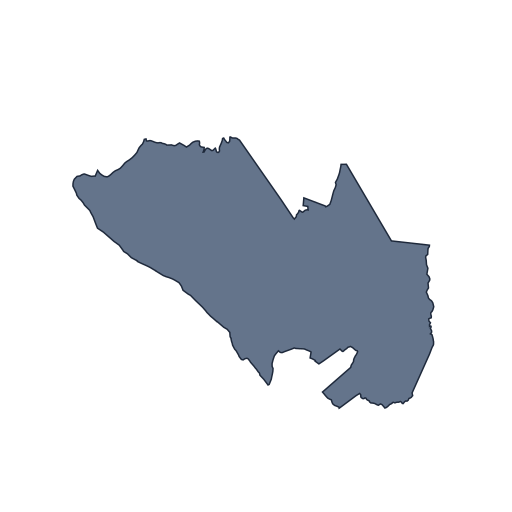 outline of Unión Hidalgo, Oaxaca, Mexico, rotated 200°
{"feature_id": "50627088B59683558731629", "entity_name": "Unión Hidalgo", "entity_type": "district", "adm_level": 2, "iso_a3": "MEX", "parent_name": "Mexico", "parent_adm1": "Oaxaca", "projection": "robinson", "projection_center": [-94.827, 16.487], "detail": "fine", "context": "isolated", "style": "filled", "palette": "slate", "viewbox_px": 512, "rotation_deg": 200, "n_neighbors": 0, "source": "geoboundaries", "source_scale": "gbopen_adm2", "svg_char_len": 5725}
<svg xmlns="http://www.w3.org/2000/svg" viewBox="0 0 512 512"><g transform="rotate(200 256 256)"><path d="M255.1,175.6L254.5,175.3L252.8,171.5L252.2,170.8L251.2,170.1L251.2,169.7L249.9,167.6L248.4,165.7L247.5,164.2L244.2,161.2L242.3,160.2L240.5,158.7L238.5,157.0L237.5,155.8L234.4,153.8L233.9,153.8L233.1,153.9L232.5,154.0L231.4,155.6L230.0,156.5L229.5,156.8L228.2,156.7L225.6,155.0L224.8,154.3L220.1,151.7L218.0,150.3L217.1,149.9L214.3,147.9L212.9,147.3L212.4,146.7L211.5,145.3L209.1,144.1L206.5,142.8L201.0,139.2L200.6,138.9L199.7,139.8L199.6,142.6L199.5,145.4L199.9,147.9L200.3,150.9L200.7,153.3L201.5,156.1L203.1,157.8L204.1,160.4L204.5,164.5L204.6,168.4L203.8,171.1L202.5,174.6L200.6,173.8L199.4,173.8L198.3,174.2L196.5,175.9L191.1,180.4L189.1,182.2L188.8,182.5L188.5,182.7L187.1,182.7L184.8,183.4L183.3,183.8L181.8,184.3L179.9,184.9L178.6,185.2L176.1,185.0L174.5,185.0L172.8,184.9L171.4,184.6L170.9,182.0L170.6,180.3L170.3,178.7L168.8,178.7L167.5,178.6L164.5,178.1L164.5,177.4L161.7,176.6L160.0,176.1L156.9,180.3L145.3,197.3L142.6,196.0L141.7,196.0L141.1,196.8L140.9,197.4L140.2,198.5L139.1,200.1L138.4,201.7L137.1,202.6L136.4,203.3L134.0,203.0L132.7,202.5L131.0,201.8L129.8,201.4L128.5,201.6L127.8,200.9L127.8,200.0L127.9,198.5L128.1,197.2L128.4,196.5L128.8,193.3L128.7,191.5L128.3,190.7L128.4,189.2L128.8,187.5L129.1,186.5L129.1,185.2L128.9,183.7L147.0,150.9L145.2,149.9L143.4,148.8L141.6,147.8L140.0,147.0L138.0,146.7L136.0,146.6L134.5,144.5L133.3,143.3L131.1,142.5L128.6,142.5L126.2,142.3L125.8,141.4L125.7,141.5L114.2,159.0L111.6,162.3L110.8,161.8L110.2,161.5L109.8,160.7L109.3,159.4L108.5,158.9L107.0,158.5L105.9,158.8L105.1,159.9L104.1,160.0L102.9,159.0L101.5,158.7L100.1,158.6L99.3,157.7L98.6,157.5L97.9,157.2L95.7,157.8L93.9,158.0L91.5,157.6L90.0,157.6L88.4,159.6L86.6,159.4L85.6,158.8L84.5,158.2L82.9,157.2L81.8,158.1L80.9,159.4L80.1,161.0L79.7,162.1L78.8,162.9L77.8,164.0L77.7,164.9L76.8,165.5L75.2,165.5L74.2,166.4L73.1,167.0L71.8,167.5L70.6,168.7L69.4,168.4L68.1,167.5L67.3,167.6L66.8,169.0L66.5,169.9L65.8,170.9L64.4,171.3L63.6,172.7L63.6,174.4L62.4,175.4L61.7,176.4L61.3,177.8L61.0,178.3L62.5,180.7L61.5,194.5L61.2,198.6L60.2,212.5L59.6,220.7L59.5,221.8L59.4,223.9L59.3,230.3L58.9,232.9L59.0,233.9L59.4,235.0L59.8,236.2L60.5,237.3L61.0,238.3L61.6,239.3L62.2,240.1L62.8,241.0L63.8,242.3L65.5,242.5L64.9,244.1L65.1,245.1L65.6,246.0L66.5,246.8L67.3,247.4L67.2,249.2L67.6,249.9L68.7,249.8L68.9,249.4L69.2,250.1L69.5,250.9L69.2,252.9L71.3,254.1L72.2,256.0L71.5,256.8L70.2,257.9L70.7,259.5L71.3,260.2L71.8,261.1L72.2,261.9L72.3,262.6L72.0,263.4L71.6,264.0L71.6,265.0L71.4,265.6L71.6,269.1L73.8,272.4L75.4,273.7L76.6,274.2L77.9,274.5L79.6,275.5L80.8,277.4L82.1,278.8L83.6,280.3L83.5,282.5L83.0,285.0L84.0,287.1L85.1,289.4L84.5,292.6L84.8,293.9L86.3,295.7L89.2,297.3L90.3,303.3L92.8,306.1L94.5,310.0L96.1,312.7L96.4,314.1L95.2,316.2L96.5,320.4L96.9,322.1L96.5,323.6L96.4,324.3L96.7,325.5L133.9,316.5L202.4,373.1L207.4,371.2L207.3,370.6L207.0,369.6L206.7,367.6L206.5,366.1L206.2,364.3L206.0,362.9L205.9,361.0L205.9,359.5L205.9,357.7L205.9,356.0L206.5,352.3L205.1,350.4L204.9,348.2L204.9,346.9L205.1,345.2L205.2,343.7L205.0,341.2L204.9,339.9L204.7,338.1L204.3,333.9L204.3,329.8L206.1,327.2L207.3,326.1L208.1,326.7L230.9,327.0L228.9,319.5L224.3,320.3L222.8,317.1L223.6,317.0L225.1,316.1L225.6,315.6L225.9,315.0L227.1,313.1L227.6,313.0L228.4,313.2L229.7,313.5L230.4,313.7L230.6,313.8L230.9,313.7L231.0,313.5L231.1,313.2L231.0,312.4L230.9,311.9L231.0,311.4L231.5,309.6L231.9,308.8L232.0,308.4L231.8,307.8L231.6,306.7L232.3,304.7L232.7,304.2L232.7,303.9L234.0,304.5L251.6,317.4L311.2,359.3L312.8,359.5L313.3,359.8L314.2,360.0L315.5,359.9L316.8,359.4L318.2,358.9L319.5,358.8L320.5,359.2L321.2,358.8L320.6,357.1L320.0,354.7L320.7,352.9L322.3,352.7L323.6,353.6L325.3,354.6L326.7,355.8L327.6,355.0L327.2,353.0L327.2,350.4L327.3,348.9L327.5,345.8L327.1,344.1L326.2,342.2L326.6,340.6L327.9,340.1L329.0,340.7L330.4,342.8L331.2,343.4L332.6,340.5L333.6,339.9L337.2,340.8L338.6,340.7L339.4,340.0L339.9,339.0L340.4,335.9L341.2,335.5L341.2,338.0L341.8,340.3L345.0,339.7L346.5,340.4L347.3,341.2L347.6,342.9L348.5,344.5L350.1,344.2L352.3,343.1L354.4,341.2L355.5,339.3L356.2,337.7L356.7,337.0L357.3,336.3L358.6,334.6L361.5,335.3L364.0,335.7L366.5,336.1L367.8,334.5L369.2,332.5L370.5,331.7L372.1,331.5L373.4,331.5L376.0,330.4L377.8,329.7L379.0,330.1L380.8,330.1L382.5,329.8L384.0,330.0L385.3,329.6L386.5,328.9L387.7,328.5L390.1,328.3L391.4,328.4L394.0,328.4L395.2,328.2L397.0,327.0L398.3,326.7L399.4,328.4L400.9,327.4L400.7,325.0L401.0,322.2L401.7,320.9L402.8,317.9L403.0,316.2L403.3,312.5L404.5,309.3L406.0,306.0L407.8,303.1L409.9,300.4L411.1,298.4L412.2,295.2L413.5,292.1L415.2,290.0L416.5,288.8L417.4,287.9L418.9,285.7L420.5,282.5L422.0,280.3L423.1,279.4L426.0,278.9L428.9,279.5L431.2,280.3L434.1,282.3L434.3,278.4L434.4,276.1L435.5,275.7L438.0,274.5L440.3,274.4L445.2,274.4L446.2,273.9L447.7,272.5L448.7,271.1L451.4,269.6L453.0,266.0L453.1,263.7L452.7,261.4L451.9,259.0L450.3,257.5L447.1,254.4L446.2,253.5L445.2,251.9L442.0,249.6L439.6,248.7L436.6,246.9L434.6,245.2L427.8,242.0L426.0,240.2L422.5,237.2L417.9,231.8L415.7,229.3L414.4,227.9L407.0,226.1L406.7,225.9L394.3,221.1L388.2,219.4L383.0,215.9L381.9,215.0L377.5,214.1L372.6,211.8L365.7,210.8L365.6,210.3L361.4,209.9L359.9,209.8L358.9,209.7L357.1,209.6L353.6,209.3L351.3,209.0L347.4,208.2L345.3,207.9L345.3,207.7L336.3,205.9L334.4,205.9L333.7,205.8L330.5,206.0L326.9,205.9L324.4,205.6L319.2,204.6L317.3,203.3L315.8,202.2L312.8,198.8L312.7,198.8L306.7,197.0L304.0,196.6L297.6,193.5L288.9,189.7L284.7,187.4L282.7,186.1L280.5,185.1L278.1,183.9L275.3,182.9L270.2,180.9L270.1,181.1L261.9,178.0L258.0,177.3L255.1,175.6Z" fill="#64748b" stroke="#1e293b" stroke-width="1.5"/></g></svg>